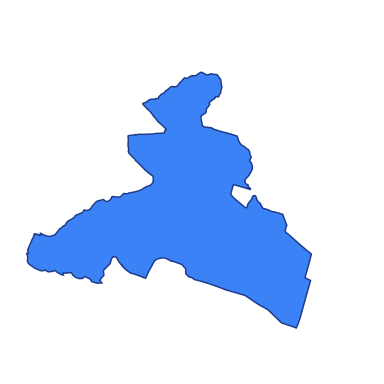 Labuhan Batu Selatan, Sumatera Utara, Indonesia, rotated 107°
{"feature_id": "22746128B23995987640193", "entity_name": "Labuhan Batu Selatan", "entity_type": "district", "adm_level": 2, "iso_a3": "IDN", "parent_name": "Indonesia", "parent_adm1": "Sumatera Utara", "projection": "robinson", "projection_center": [100.002, 1.834], "detail": "fine", "context": "isolated", "style": "filled", "palette": "blue", "viewbox_px": 384, "rotation_deg": 107, "n_neighbors": 0, "source": "geoboundaries", "source_scale": "gbopen_adm2", "svg_char_len": 6072}
<svg xmlns="http://www.w3.org/2000/svg" viewBox="0 0 384 384"><g transform="rotate(107 192 192)"><path d="M119.7,204.7L118.3,205.2L116.5,205.4L114.3,203.8L113.4,202.8L111.3,201.8L111.0,201.9L110.0,202.3L109.2,202.2L108.1,202.4L107.5,202.3L105.4,201.3L104.8,201.1L103.9,201.0L103.1,200.7L102.7,200.7L102.2,201.3L101.9,201.5L101.2,201.5L100.4,201.3L100.2,201.2L99.3,200.1L98.2,199.8L97.6,199.0L95.8,197.6L93.7,197.3L93.7,195.9L93.6,195.1L93.4,194.8L93.0,194.4L92.8,194.3L92.1,194.4L90.7,194.3L89.0,193.5L87.8,193.9L86.4,194.1L83.2,194.0L79.7,195.9L77.8,196.6L76.6,197.2L76.1,197.5L75.8,197.8L73.5,201.0L72.8,201.7L72.6,202.2L72.5,202.5L73.3,206.7L73.3,208.0L74.0,209.5L75.3,210.7L75.6,211.7L75.6,213.1L74.9,216.3L74.8,217.5L74.8,218.3L75.4,219.1L77.9,221.0L78.6,221.7L79.3,222.0L79.7,222.6L80.1,223.6L80.8,226.1L82.6,228.1L83.0,228.5L83.8,228.7L84.1,228.9L84.5,229.4L85.1,231.2L84.9,232.2L85.0,232.5L87.1,233.7L88.4,234.1L89.0,234.5L89.8,234.8L91.0,235.7L93.8,236.5L95.5,237.6L95.9,238.2L96.3,239.1L96.8,240.7L97.0,242.0L97.2,242.6L97.5,242.8L98.4,243.5L100.6,244.9L101.0,245.2L103.5,247.0L105.2,247.6L105.7,247.9L106.8,249.3L107.6,250.0L108.8,250.5L110.1,251.4L111.1,251.5L111.8,251.3L112.2,251.6L112.6,252.2L113.1,253.3L113.3,254.0L114.2,254.9L114.5,255.6L114.9,257.6L115.3,258.3L115.8,258.8L116.1,259.6L117.0,260.4L117.6,260.8L118.2,261.0L118.9,261.8L119.7,262.3L120.9,264.0L121.9,264.9L122.4,264.6L123.6,262.8L124.6,260.7L126.0,258.5L127.0,256.1L127.4,255.4L129.9,251.9L130.6,251.2L132.6,247.9L134.3,245.6L135.2,243.8L137.4,238.9L139.3,235.5L139.6,235.1L140.1,235.1L140.6,235.6L140.9,235.6L141.4,235.9L142.1,235.8L142.7,236.0L143.6,235.7L144.0,236.1L144.2,236.5L144.3,237.3L144.7,238.2L144.8,238.7L145.0,239.5L145.8,241.2L145.9,241.9L146.6,243.7L147.4,245.5L147.9,246.1L148.1,246.6L149.3,250.5L150.5,253.5L152.6,260.4L153.7,261.9L153.5,262.6L154.0,262.8L154.9,265.6L155.5,266.5L156.6,269.1L156.8,269.4L157.3,269.5L160.3,268.3L161.7,267.9L162.7,267.7L166.7,266.6L167.8,265.9L169.9,265.0L170.6,265.0L172.0,264.7L173.2,263.8L173.6,263.2L174.8,260.8L176.1,259.0L176.5,257.8L176.9,257.0L177.5,256.1L178.4,255.2L178.9,254.3L179.0,253.8L179.6,252.6L180.8,250.5L181.5,248.8L182.9,246.6L185.4,241.7L186.8,238.3L187.6,236.1L187.9,234.7L188.2,234.0L190.5,232.9L193.6,232.2L194.3,232.3L195.1,232.4L197.3,233.5L198.3,234.4L198.9,235.2L199.5,236.3L199.8,236.8L203.0,239.7L204.4,240.8L206.0,242.8L207.6,245.0L209.0,247.4L211.3,251.9L211.8,252.2L212.2,252.9L213.0,254.6L213.2,256.4L213.5,256.8L214.1,257.3L216.6,258.4L217.4,259.1L217.8,259.5L218.4,260.7L218.8,262.7L219.4,266.2L219.7,267.0L220.4,267.3L222.5,267.4L223.0,267.6L224.5,268.8L226.0,270.3L226.3,271.0L226.2,271.6L225.8,272.5L225.6,273.2L225.3,274.0L225.2,274.5L225.3,274.9L225.7,275.7L226.1,276.1L226.4,276.5L226.6,277.0L227.1,277.7L227.4,278.5L227.8,278.9L228.1,279.5L228.8,280.3L230.2,281.2L231.2,281.6L233.9,283.0L234.4,283.2L237.2,284.0L238.1,284.4L239.8,286.1L240.5,287.6L240.7,288.1L240.7,288.7L240.5,289.5L240.6,289.8L241.1,290.1L242.9,290.4L243.7,290.8L245.0,292.2L245.7,293.2L246.2,293.8L248.3,296.4L248.5,296.6L250.1,296.9L250.8,297.3L252.7,298.8L253.4,299.2L254.2,300.3L255.5,301.5L256.2,302.1L258.7,303.3L260.0,303.4L260.7,303.6L261.0,303.8L262.6,305.5L263.0,305.8L263.9,306.0L264.7,306.5L265.8,307.7L266.3,308.0L268.1,308.5L270.6,309.7L272.2,310.1L272.7,310.4L273.9,311.6L275.1,313.6L275.8,314.5L276.3,315.5L276.5,318.4L276.5,320.0L276.3,321.8L275.8,324.5L276.4,324.1L277.4,323.9L277.4,324.9L277.7,324.5L277.9,324.7L278.1,325.2L277.7,329.0L278.1,330.6L281.0,330.4L284.0,331.0L295.4,332.2L297.4,331.3L298.2,330.5L299.2,332.1L301.0,330.8L302.5,330.0L303.2,329.7L305.6,329.4L307.3,328.6L308.7,326.5L309.7,323.5L310.9,319.8L311.3,315.6L311.5,314.9L311.5,313.9L311.2,312.3L310.5,310.8L309.6,310.1L310.4,306.1L308.7,302.1L307.1,300.3L308.1,297.8L308.7,295.2L309.2,293.1L309.1,290.9L308.8,291.2L306.8,291.3L306.8,289.0L306.1,288.4L305.7,287.7L305.0,285.1L304.3,283.8L306.4,281.6L307.6,278.5L307.9,275.1L306.7,271.4L304.1,269.7L305.1,263.9L307.1,261.5L306.9,255.9L305.3,251.6L303.2,254.3L301.0,253.6L297.4,251.9L292.9,253.8L284.4,249.3L280.3,249.5L277.0,248.8L276.5,245.2L279.7,242.0L283.3,236.9L282.9,236.8L283.9,235.9L285.4,233.0L287.4,227.6L287.4,223.1L287.6,217.3L288.0,212.8L287.8,212.8L287.9,212.3L287.9,211.1L280.3,210.2L275.7,209.1L269.1,207.8L266.7,206.1L265.2,204.2L263.0,199.5L263.4,195.4L264.2,191.9L263.9,190.1L263.8,188.8L264.3,180.4L265.9,177.8L266.5,177.3L266.8,176.1L267.8,175.3L269.7,174.9L272.0,174.0L274.0,170.1L273.8,167.6L275.0,163.9L274.7,157.3L274.7,151.2L274.9,142.4L275.0,142.4L275.1,139.4L275.4,134.0L275.7,131.1L275.4,111.0L279.0,99.4L280.3,94.9L282.3,85.2L291.1,67.9L291.0,66.0L291.3,55.8L291.6,52.6L288.2,52.1L280.5,51.8L241.9,52.8L241.0,58.9L226.7,59.2L216.4,59.7L214.4,64.9L211.5,71.7L204.0,88.0L203.6,89.1L203.3,90.4L201.9,91.4L201.0,91.7L197.4,91.7L196.2,91.5L195.1,92.5L186.8,98.8L186.8,101.9L187.0,107.8L187.4,110.7L186.9,113.1L186.7,114.6L186.9,119.2L185.5,121.0L184.6,121.9L182.9,123.5L181.8,126.2L179.7,128.3L177.7,129.5L177.0,130.5L177.3,131.7L178.1,132.6L179.6,132.9L180.8,132.6L185.3,134.4L188.0,135.2L190.2,134.7L191.4,135.9L190.9,137.9L190.4,138.8L185.2,151.0L183.0,154.0L182.3,154.4L173.6,154.6L173.1,154.5L172.9,154.3L172.6,153.0L172.7,150.7L172.5,142.6L172.6,137.4L172.4,136.9L172.0,136.9L171.5,137.4L171.1,138.2L171.1,139.8L169.8,139.8L168.8,140.7L168.5,142.5L168.0,143.2L167.5,143.8L166.6,144.3L165.3,144.7L163.9,144.5L162.2,143.8L161.1,143.1L158.7,142.3L156.1,141.6L152.7,141.1L150.2,141.6L149.4,141.9L147.1,143.6L146.3,144.6L145.3,146.0L143.8,145.9L143.1,145.7L142.6,145.6L141.4,145.7L140.7,146.0L139.8,147.0L139.5,147.4L138.1,148.0L137.3,148.3L135.8,149.6L135.3,150.1L134.9,151.0L134.2,153.4L133.5,154.6L133.0,156.6L132.6,158.4L132.1,159.3L130.7,161.1L129.2,162.4L125.3,165.3L125.3,174.6L125.6,180.6L125.7,184.0L125.6,188.0L125.7,188.9L125.4,189.7L125.1,191.4L124.9,192.2L125.1,193.4L125.4,194.3L125.5,196.0L125.7,196.9L126.1,197.8L126.4,198.6L126.0,200.0L125.0,202.2L124.1,202.3L123.2,202.6L119.7,204.7Z" fill="#3b82f6" stroke="#1e3a8a" stroke-width="1.5"/></g></svg>